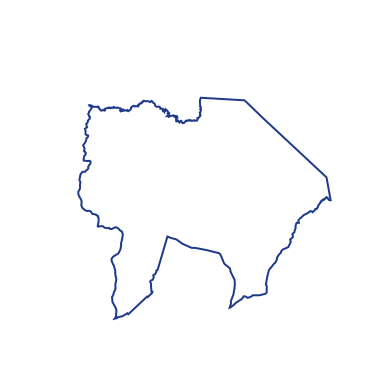 Chikankanta, Southern, Zambia, rotated 243°
{"feature_id": "96606910B6098711564137", "entity_name": "Chikankanta", "entity_type": "district", "adm_level": 2, "iso_a3": "ZMB", "parent_name": "Zambia", "parent_adm1": "Southern", "projection": "natural_earth1", "projection_center": [28.303, -16.032], "detail": "fine", "context": "isolated", "style": "outline", "palette": "blue", "viewbox_px": 384, "rotation_deg": 243, "n_neighbors": 0, "source": "geoboundaries", "source_scale": "gbopen_adm2", "svg_char_len": 6058}
<svg xmlns="http://www.w3.org/2000/svg" viewBox="0 0 384 384"><g transform="rotate(243 192 192)"><path d="M316.0,139.8L315.4,139.8L313.7,140.8L312.8,140.8L312.1,140.5L310.3,136.7L309.6,136.4L308.7,135.0L307.9,134.8L306.9,135.0L305.8,134.7L305.4,135.1L304.8,134.6L304.0,134.4L303.5,133.7L302.9,131.6L301.5,130.8L300.6,128.6L299.4,128.4L298.8,128.0L297.3,127.9L297.0,125.3L294.5,124.8L291.8,123.4L290.7,123.8L289.7,125.0L289.4,125.1L289.0,124.9L288.2,124.0L287.8,122.2L286.4,121.5L284.9,119.7L283.7,117.7L283.4,116.8L282.8,116.1L279.7,116.1L277.6,114.4L276.9,115.0L276.2,114.8L274.8,115.1L273.4,113.6L273.0,112.4L270.6,110.4L269.2,109.8L266.8,113.3L266.3,115.0L265.2,115.4L264.2,115.0L263.7,114.6L261.7,111.0L260.3,110.5L259.4,109.1L259.3,107.4L258.8,106.6L258.6,105.9L259.5,104.0L259.6,103.3L259.5,102.7L258.7,101.8L258.4,100.7L254.1,97.3L253.4,97.1L251.3,97.0L249.1,95.3L246.7,94.3L245.2,93.0L244.1,91.1L243.5,90.6L241.4,89.7L240.0,89.5L236.1,89.7L234.1,89.5L232.0,88.4L230.4,87.3L227.3,87.2L223.8,88.7L223.2,89.6L222.5,90.2L222.4,90.8L221.5,92.4L220.4,93.0L217.7,93.3L216.2,95.3L215.3,96.2L214.4,96.4L214.2,96.9L213.1,97.3L212.0,96.9L211.7,97.1L207.5,95.1L206.1,93.7L204.1,92.4L203.6,92.9L203.7,93.4L202.2,96.8L201.3,97.4L200.0,97.8L198.5,99.6L197.6,101.9L196.6,102.0L195.9,102.7L195.5,103.8L195.4,107.0L195.1,108.3L193.6,109.5L190.3,110.5L189.0,111.5L185.8,111.2L182.3,108.8L178.5,105.5L176.6,104.6L174.0,102.7L172.6,101.2L170.7,98.5L170.2,92.5L169.1,90.2L168.5,89.7L166.8,89.1L163.4,88.8L162.3,89.0L156.7,87.9L153.6,86.3L148.9,85.1L146.6,83.6L144.7,81.8L142.7,81.0L140.1,79.6L139.5,78.9L138.5,77.2L136.1,75.2L134.6,72.9L132.8,72.4L131.1,71.5L129.7,71.2L123.3,71.4L120.7,70.9L117.8,69.0L116.4,68.4L115.5,67.7L114.3,65.5L113.7,68.1L114.1,69.1L112.9,73.6L113.3,79.3L112.0,79.7L119.2,104.5L118.5,104.8L120.2,110.7L120.8,111.2L120.9,110.5L125.5,112.2L129.3,114.0L130.9,113.9L131.2,114.0L131.7,114.8L131.7,117.4L133.5,119.2L134.2,119.5L135.2,119.5L135.5,119.9L135.5,121.7L137.0,124.0L138.0,124.3L138.5,126.3L163.5,149.9L160.8,152.2L156.8,156.6L150.3,159.9L142.5,166.2L140.5,169.8L133.4,178.9L125.1,188.4L124.3,188.8L120.8,188.8L114.1,188.2L112.9,188.4L106.8,191.1L105.2,190.8L103.5,190.2L94.3,190.1L91.9,188.9L90.3,188.4L88.5,187.0L86.4,185.9L85.5,185.0L82.1,182.6L77.2,177.2L75.0,176.1L71.8,173.0L71.7,173.7L72.3,177.4L73.4,181.1L74.1,188.0L75.6,190.7L74.2,192.7L72.8,193.2L72.3,193.7L72.0,197.5L72.3,199.1L72.3,199.5L69.3,205.3L68.0,211.3L68.4,212.8L74.2,215.9L75.9,215.8L82.5,220.7L87.6,225.2L89.8,230.3L90.6,231.8L91.5,234.6L93.3,237.0L94.8,237.8L96.6,240.7L97.6,243.6L98.6,244.5L99.5,246.5L99.2,252.7L102.6,257.3L105.0,257.8L106.0,261.2L107.5,262.2L108.7,262.2L109.3,263.1L109.7,265.0L111.7,266.6L112.7,267.9L114.5,268.7L116.2,270.1L117.0,271.5L116.0,273.2L116.3,273.3L116.7,273.1L116.8,273.4L117.4,273.4L118.4,273.9L119.3,275.8L119.7,277.7L120.7,281.1L120.7,286.3L121.1,287.2L121.1,289.2L120.3,289.5L119.8,290.5L119.3,290.5L119.7,291.5L119.8,292.6L120.8,294.1L120.5,294.4L120.3,295.6L120.8,296.0L121.4,297.3L122.0,297.6L122.4,298.3L122.8,298.5L123.8,300.9L124.2,301.2L124.3,301.7L125.0,302.3L124.8,302.8L125.2,303.0L125.7,304.3L125.6,304.6L125.2,304.5L125.1,305.2L125.5,305.5L125.4,306.1L125.8,306.2L125.5,307.6L126.1,308.3L125.9,308.7L126.3,309.4L125.7,309.7L125.5,310.2L124.5,310.1L122.8,310.4L122.5,311.2L122.0,311.2L121.7,311.8L144.0,318.5L227.0,288.3L249.8,280.5L272.0,242.6L271.0,241.5L269.0,240.0L265.4,238.6L264.8,238.1L263.8,238.4L263.5,238.1L263.0,238.0L262.7,237.6L262.1,237.6L262.0,237.3L261.8,237.5L261.3,237.1L260.9,237.2L259.6,236.0L259.3,235.1L258.9,235.2L258.1,234.6L257.7,234.7L257.4,234.4L256.9,234.4L256.8,234.2L256.4,234.3L256.2,233.5L255.6,233.2L255.2,231.6L255.5,230.5L254.8,230.1L254.5,230.2L254.2,229.7L253.5,229.1L253.4,228.8L253.7,227.9L254.2,227.3L254.2,226.9L254.7,226.4L255.1,226.3L255.1,225.3L255.7,223.8L256.5,223.5L256.6,222.8L257.2,222.4L257.0,222.1L257.4,221.9L257.2,221.3L257.9,220.1L257.6,219.6L258.1,219.3L257.9,218.9L258.1,218.5L257.2,216.5L257.5,216.2L257.7,215.3L256.8,214.8L257.8,214.9L259.4,214.2L259.8,214.6L260.1,214.1L260.4,214.2L260.4,213.2L259.8,212.3L260.7,212.1L261.1,211.8L261.7,212.0L261.8,211.5L262.2,211.6L262.5,211.0L261.8,210.7L262.1,210.1L262.5,210.0L263.0,210.5L263.7,210.6L265.2,211.5L265.1,212.1L264.5,212.1L264.7,212.6L265.1,212.5L265.7,212.9L266.3,212.4L266.7,212.7L267.5,211.4L268.1,210.8L267.9,210.6L267.2,210.8L267.0,210.6L268.0,210.1L268.7,210.1L269.0,208.7L269.5,207.7L269.5,207.2L270.7,206.4L269.5,206.0L269.4,205.5L270.4,205.2L270.9,204.2L271.9,206.8L272.4,207.3L272.8,206.5L273.2,206.1L273.8,207.1L276.1,206.8L276.4,206.2L277.4,206.1L276.5,205.1L276.9,204.8L276.7,204.3L276.2,204.2L275.9,203.8L276.7,203.9L277.1,202.9L277.6,202.9L277.4,204.0L277.9,204.8L278.6,204.2L278.6,203.8L279.3,203.6L279.9,203.1L280.5,201.6L281.4,202.0L282.8,201.8L283.8,199.5L284.2,199.0L285.5,198.4L287.2,198.8L288.0,198.7L289.1,197.9L291.3,197.5L291.6,197.2L291.6,196.7L291.2,196.3L291.3,195.2L293.0,194.0L294.0,191.6L295.2,190.5L295.3,190.0L294.2,188.4L294.7,187.7L294.3,187.0L294.6,186.9L294.5,186.4L294.0,185.4L294.0,185.1L294.3,184.9L294.0,183.6L293.2,183.6L292.7,182.9L293.3,182.3L293.4,181.8L293.9,181.2L294.2,180.6L294.1,180.1L294.6,179.4L295.2,179.3L295.4,178.9L295.4,178.0L294.8,175.9L293.6,175.2L293.1,173.6L293.0,172.0L294.0,171.8L293.8,171.4L293.8,171.0L294.5,170.9L294.7,170.5L295.1,168.9L295.7,168.0L295.7,167.3L296.5,167.5L296.7,168.2L296.9,168.1L296.8,167.2L296.2,166.8L296.1,166.3L296.7,165.6L296.4,165.1L297.2,164.9L297.6,165.3L297.8,166.3L298.8,166.4L299.5,165.4L300.9,164.3L301.0,163.3L302.2,161.9L302.3,161.2L303.2,161.0L303.2,160.6L302.8,159.8L303.6,159.0L303.4,158.5L303.8,158.0L303.7,157.2L304.2,156.6L304.8,156.6L305.1,156.4L304.9,154.9L305.2,154.7L305.6,152.9L305.5,151.5L305.4,151.2L305.0,151.5L304.3,151.6L304.2,151.2L304.3,150.8L305.0,150.6L305.6,149.5L305.5,148.4L306.2,147.6L307.9,147.5L308.9,146.9L309.7,147.4L310.7,147.3L310.9,146.2L312.6,143.0L313.0,142.4L314.1,142.2L314.6,141.3L315.2,141.1L315.7,140.6L316.0,139.8Z" fill="none" stroke="#1e3a8a" stroke-width="2"/></g></svg>